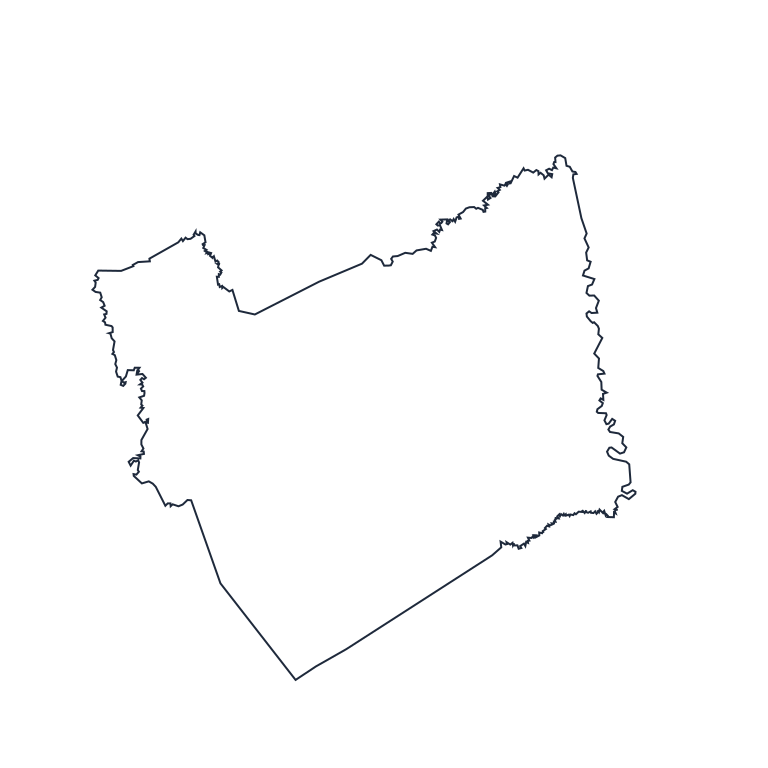 Jayapura, Papua, Indonesia, rotated 244°
{"feature_id": "22746128B71103770185906", "entity_name": "Jayapura", "entity_type": "district", "adm_level": 2, "iso_a3": "IDN", "parent_name": "Indonesia", "parent_adm1": "Papua", "projection": "mercator", "projection_center": [140.203, -3.036], "detail": "fine", "context": "isolated", "style": "outline", "palette": "slate", "viewbox_px": 768, "rotation_deg": 244, "n_neighbors": 0, "source": "geoboundaries", "source_scale": "gbopen_adm2", "svg_char_len": 6154}
<svg xmlns="http://www.w3.org/2000/svg" viewBox="0 0 768 768"><g transform="rotate(244 384 384)"><path d="M611.2,176.9L608.2,172.1L604.3,173.9L603.1,172.3L603.8,169.0L601.5,169.3L597.9,166.9L596.5,163.3L593.2,165.1L590.5,169.0L585.7,168.3L583.9,165.7L580.7,167.5L576.8,167.2L576.6,163.4L570.9,166.6L568.7,165.3L569.2,163.0L565.7,162.8L563.9,159.0L561.7,160.3L559.4,159.6L555.5,164.5L553.8,164.9L549.6,162.9L550.2,159.1L549.2,160.2L544.5,159.3L540.4,160.5L533.3,155.3L531.1,155.3L530.1,153.1L527.9,154.7L522.8,153.9L519.7,151.2L515.8,151.2L512.6,148.6L507.4,147.9L505.7,150.1L501.9,149.5L498.7,147.0L496.6,148.8L497.7,151.7L498.9,152.6L499.4,150.6L501.7,149.8L503.9,155.3L508.8,159.8L506.0,165.1L507.9,167.1L505.8,171.3L504.6,169.1L502.9,169.5L502.1,168.0L503.5,167.6L500.9,165.7L498.9,171.3L494.0,172.7L493.5,170.4L495.4,169.1L494.5,166.8L491.1,167.5L490.6,164.5L489.6,166.4L487.4,166.5L486.4,163.5L483.7,163.4L482.7,165.5L480.9,164.8L478.6,163.2L479.2,158.2L475.5,159.1L472.0,156.8L470.5,157.4L469.4,154.9L467.9,157.2L463.7,148.9L454.6,150.6L454.2,154.3L456.0,155.0L455.9,156.7L452.6,154.8L454.2,152.9L447.2,151.8L440.0,141.4L436.0,139.4L431.5,139.5L429.8,136.6L428.6,138.4L426.4,137.6L427.9,131.5L425.6,133.3L423.9,132.4L427.4,126.1L426.0,120.4L421.7,120.5L424.7,125.6L423.1,127.0L423.1,129.6L420.9,129.5L414.6,125.0L412.6,125.2L411.1,121.7L412.8,119.4L411.1,118.8L400.8,122.8L399.6,129.9L395.8,132.5L391.6,133.8L370.4,134.1L371.5,137.3L370.3,139.7L367.7,138.7L368.5,141.3L364.2,145.7L363.9,150.2L365.9,156.5L364.0,159.7L276.5,149.6L156.8,174.8L160.0,199.0L162.2,233.8L182.6,406.1L185.8,417.8L191.2,419.7L186.5,422.8L186.2,424.4L188.1,424.8L184.3,427.1L184.9,429.9L182.5,429.2L183.9,430.9L181.9,430.1L180.5,433.2L176.9,432.8L176.4,435.5L178.6,435.3L179.2,439.8L176.4,440.0L179.7,442.5L178.1,443.8L180.0,444.3L179.5,446.0L182.8,446.0L180.9,449.2L181.9,451.0L180.1,451.3L180.6,453.4L182.2,452.8L181.1,454.8L179.7,453.7L179.8,457.2L182.5,458.4L180.6,460.7L181.6,461.9L180.3,462.2L182.2,462.3L182.7,465.9L184.0,465.5L185.1,468.4L183.7,469.9L185.6,470.3L184.1,471.4L184.0,473.9L185.2,473.7L184.2,475.7L185.9,476.4L185.0,477.8L186.9,478.0L187.5,480.2L188.8,478.7L186.7,481.9L189.1,481.7L190.0,484.4L188.0,484.2L189.4,486.1L187.5,487.1L188.4,488.6L186.9,488.5L187.3,490.3L185.9,489.9L185.6,492.7L183.9,492.9L185.0,494.3L183.2,496.7L184.3,498.6L182.8,499.4L183.9,503.0L181.9,506.4L183.7,506.8L180.1,507.8L181.8,510.3L180.3,509.5L178.8,511.0L178.9,513.9L177.5,513.6L176.2,515.7L177.0,518.0L174.2,518.1L175.0,520.2L176.8,520.5L174.5,521.0L176.6,522.7L171.6,524.4L171.3,525.8L173.0,525.1L173.5,526.3L168.6,525.6L169.3,526.8L167.3,527.4L166.5,526.5L163.5,532.2L167.8,534.5L166.2,535.5L168.5,535.7L169.4,537.3L168.3,538.8L170.4,536.5L171.1,540.1L176.6,540.1L180.1,545.0L179.8,549.1L173.2,553.6L175.2,561.8L176.9,562.8L179.5,561.0L178.9,554.4L183.7,550.9L187.1,553.2L186.3,559.9L187.5,562.5L204.3,569.2L208.0,567.6L216.3,557.1L221.1,554.6L225.4,554.8L227.9,558.6L227.2,560.7L218.0,565.6L217.4,569.8L220.8,574.0L226.3,572.2L231.6,575.8L236.7,573.3L241.8,566.1L244.7,565.7L246.6,568.6L246.9,572.9L249.6,575.6L252.6,573.8L249.9,568.6L250.4,566.3L254.7,566.2L258.5,570.5L260.4,570.7L264.1,563.8L265.8,563.1L267.8,564.8L268.8,570.1L270.9,572.3L274.8,570.4L276.1,572.4L273.6,574.2L279.1,576.5L278.6,580.4L283.5,577.1L290.5,580.2L297.7,579.4L298.9,580.5L296.7,586.7L299.5,586.8L304.5,583.6L312.7,588.4L319.2,586.3L329.7,600.4L334.7,598.4L339.5,601.4L342.4,601.6L347.4,599.9L347.4,598.4L349.8,597.3L355.7,595.9L358.6,596.9L359.4,600.2L356.8,601.7L354.6,607.0L359.3,607.8L364.7,613.6L371.4,611.7L373.4,607.3L377.1,605.9L382.6,610.2L382.2,614.6L386.1,619.1L394.3,610.4L398.0,613.9L398.2,618.6L403.3,623.3L406.1,620.8L413.5,623.3L417.0,627.8L427.0,628.0L430.4,632.1L446.5,634.1L486.5,644.1L489.4,646.1L488.4,649.2L490.6,649.0L492.4,646.5L497.8,646.2L500.1,643.7L507.6,645.9L512.1,642.9L513.2,640.0L512.5,637.1L508.3,635.4L508.9,634.3L507.4,632.7L502.3,633.5L504.3,631.0L502.6,628.7L505.1,626.8L505.0,623.4L501.6,623.6L498.9,627.2L496.4,625.3L500.0,623.7L498.2,618.3L501.6,619.0L505.2,617.3L504.6,614.8L507.6,616.1L509.5,614.7L508.6,610.8L513.4,607.3L514.2,604.0L516.7,604.0L510.9,594.5L513.9,592.1L508.9,585.8L509.3,584.5L510.8,585.8L511.3,582.2L509.0,582.5L508.2,581.3L510.5,580.8L509.5,579.2L512.6,575.7L509.9,574.9L510.4,572.1L507.7,573.1L507.5,570.1L506.0,570.8L503.8,566.2L504.7,564.6L506.3,567.6L508.4,567.9L506.3,564.0L508.7,564.2L510.1,560.9L508.5,560.1L508.3,563.4L507.1,560.8L504.5,561.2L504.2,558.3L507.2,559.1L505.3,553.3L499.6,556.0L500.6,552.2L497.2,553.5L497.6,552.0L494.6,550.6L495.1,548.9L497.2,549.1L501.1,545.7L501.1,543.7L503.5,542.6L505.4,538.3L505.8,534.5L503.9,530.5L503.6,525.2L499.1,525.4L499.5,523.9L501.6,524.6L501.9,522.3L498.7,519.1L501.7,518.9L500.3,517.0L503.0,515.6L502.6,512.9L500.6,514.2L499.4,511.6L500.9,510.6L504.2,513.0L507.0,506.8L504.3,507.6L503.5,506.0L503.6,504.7L505.9,504.5L504.6,501.1L502.8,501.8L502.3,503.9L497.0,503.6L498.2,502.1L496.5,500.4L499.6,499.3L499.7,495.6L496.3,497.1L497.9,494.9L497.1,493.0L495.2,494.9L492.5,494.9L489.8,492.1L490.0,489.0L484.6,489.9L486.1,487.7L483.1,484.5L487.1,481.1L489.8,471.8L488.4,466.8L492.6,460.6L493.0,452.4L494.7,447.9L493.3,445.3L490.2,445.5L487.7,442.2L488.4,440.1L490.3,436.0L496.4,435.9L505.9,428.6L501.8,417.0L504.4,370.5L503.1,298.4L513.3,285.6L535.0,289.0L535.0,285.5L541.7,282.1L541.2,280.7L543.1,281.4L543.2,278.9L545.9,279.6L546.1,278.4L553.7,280.8L552.7,282.5L555.1,283.7L554.1,284.7L555.5,286.7L556.8,286.0L557.3,287.8L561.6,286.0L563.6,287.6L564.8,286.9L563.8,289.1L565.2,287.8L566.1,288.8L568.1,288.2L567.9,286.2L573.4,287.1L572.8,285.5L574.2,285.4L573.1,284.9L575.5,283.8L577.5,286.0L578.8,284.5L577.5,284.3L577.8,282.9L579.1,283.6L579.4,282.0L580.0,283.0L581.0,283.2L580.0,282.5L582.1,281.3L582.4,283.2L585.5,281.2L587.5,283.6L588.4,282.2L589.2,282.3L589.6,285.7L596.4,287.7L600.9,285.3L598.7,283.4L599.4,282.3L601.9,280.7L603.7,281.5L601.6,278.3L600.1,278.5L599.3,273.8L600.3,270.9L602.5,269.8L600.6,265.9L603.5,265.6L601.5,261.2L599.5,228.1L596.9,227.3L601.4,216.4L601.1,210.4L599.8,210.4L600.9,197.3L611.2,176.9Z" fill="none" stroke="#1e293b" stroke-width="2"/></g></svg>